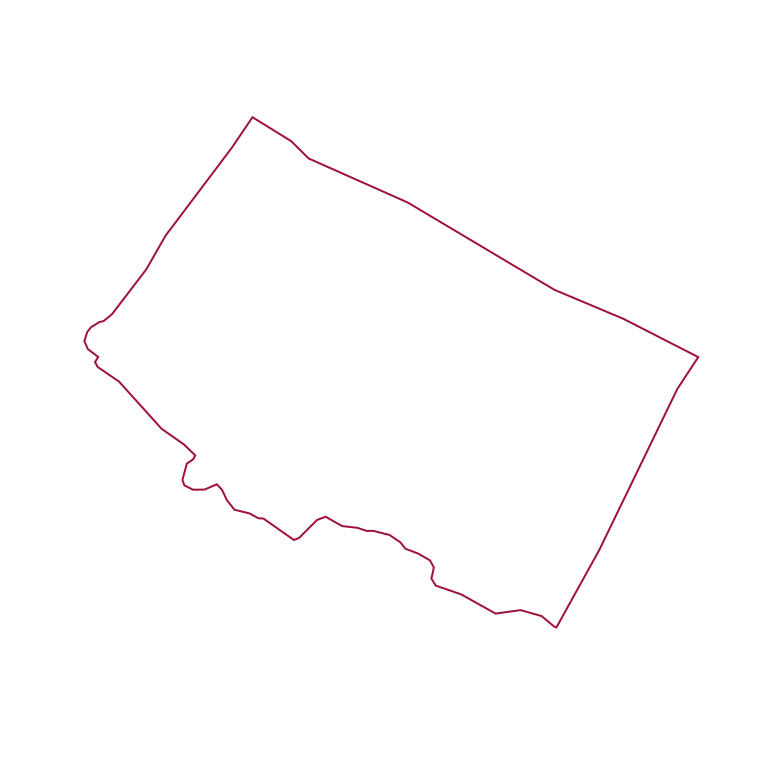 the district of As Eyla, Dikhil, Djibouti, rotated 33°
{"feature_id": "41766387B73347270872705", "entity_name": "As Eyla", "entity_type": "district", "adm_level": 2, "iso_a3": "DJI", "parent_name": "Djibouti", "parent_adm1": "Dikhil", "projection": "albers", "projection_center": [42.017, 11.095], "detail": "fine", "context": "isolated", "style": "outline", "palette": "rose", "viewbox_px": 768, "rotation_deg": 33, "n_neighbors": 0, "source": "geoboundaries", "source_scale": "gbopen_adm2", "svg_char_len": 1005}
<svg xmlns="http://www.w3.org/2000/svg" viewBox="0 0 768 768"><g transform="rotate(33 384 384)"><path d="M128.4,231.9L127.7,268.8L121.5,357.4L120.0,378.4L122.2,417.2L117.9,473.3L114.6,483.9L111.4,487.2L111.2,487.8L107.4,495.8L106.8,502.0L109.3,511.2L116.6,516.0L129.6,517.0L129.6,519.1L129.7,523.0L134.7,525.7L160.5,526.3L206.9,538.7L221.8,542.7L249.3,543.7L264.6,546.7L265.0,551.0L262.0,558.2L267.2,574.2L271.7,577.7L281.3,576.7L291.0,570.3L298.4,559.2L302.4,560.1L305.8,561.0L315.5,567.0L327.1,570.9L341.6,565.8L351.7,565.0L356.3,562.5L393.4,563.9L396.6,559.4L401.9,534.5L405.4,529.7L407.3,527.1L426.2,526.0L440.0,519.1L449.7,516.6L454.8,513.1L470.9,507.6L484.1,507.9L491.7,510.5L505.0,507.6L518.6,506.9L525.7,510.7L527.3,514.8L529.8,521.4L537.2,524.9L563.4,518.4L602.6,515.8L621.6,499.3L642.5,492.8L645.8,493.2L659.0,494.8L661.2,494.3L654.9,405.6L632.7,228.5L632.9,190.3L549.7,198.9L475.6,212.2L305.0,218.9L198.0,235.9L173.9,230.9L128.4,231.9Z" fill="none" stroke="#9f1239" stroke-width="2"/></g></svg>